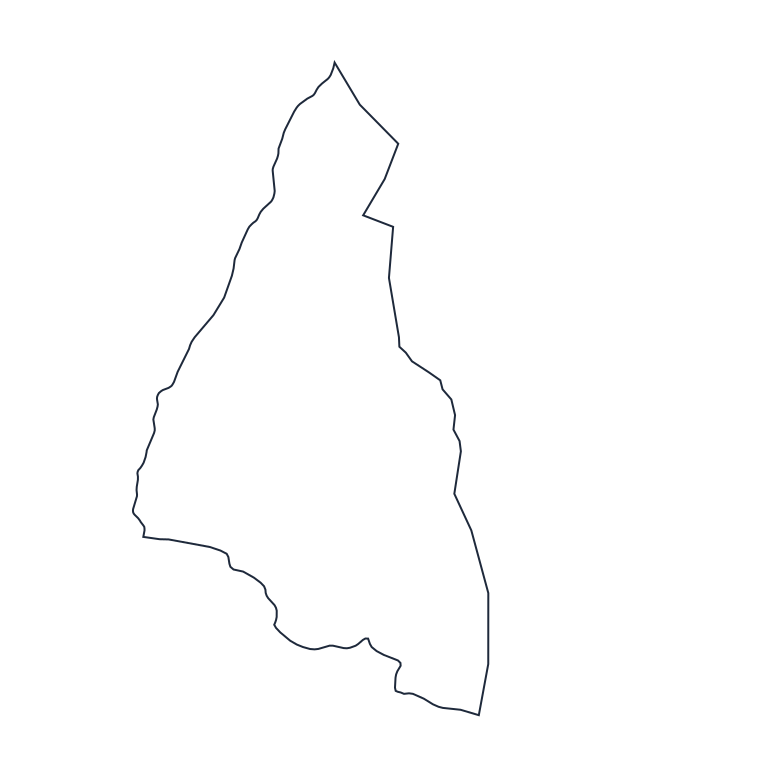 outline of Analamanga, rotated 201°
{"feature_id": "MDG-5862", "entity_name": "Analamanga", "entity_type": "Autonomous Province", "adm_level": 1, "iso_a3": "MDG", "parent_name": "Madagascar", "parent_adm1": "", "projection": "orthographic", "projection_center": [47.602, -18.658], "detail": "fine", "context": "isolated", "style": "outline", "palette": "slate", "viewbox_px": 768, "rotation_deg": 201, "n_neighbors": 0, "source": "natural_earth", "source_scale": "10m", "svg_char_len": 2458}
<svg xmlns="http://www.w3.org/2000/svg" viewBox="0 0 768 768"><g transform="rotate(201 384 384)"><path d="M260.8,101.6L263.1,101.7L264.9,104.4L268.0,114.0L268.6,117.2L268.6,120.6L267.5,126.9L268.7,129.5L271.9,130.9L287.0,131.0L295.1,132.0L301.2,134.0L304.0,136.3L307.6,140.6L310.2,139.7L312.0,137.5L315.0,131.9L316.7,129.5L321.2,125.6L323.9,124.0L327.0,123.0L337.9,121.4L340.9,120.3L350.4,113.1L353.7,111.4L358.0,110.1L365.4,109.4L372.0,109.5L379.5,110.7L391.8,114.9L397.4,117.6L400.2,119.9L400.1,122.4L400.2,124.9L400.7,128.0L402.9,133.9L404.6,136.3L406.9,138.3L415.3,142.5L417.7,144.3L419.6,146.6L421.0,149.5L423.5,152.2L428.0,154.3L436.1,156.6L448.3,158.4L458.0,156.9L461.9,158.3L463.9,160.8L467.3,166.7L470.0,169.1L477.0,169.9L488.2,169.4L529.4,161.7L537.8,158.7L553.9,155.0L555.1,161.5L555.7,163.0L556.6,164.7L557.8,165.6L561.7,168.0L562.9,169.0L565.4,170.6L569.8,172.5L571.2,173.3L572.2,174.3L572.9,175.6L573.4,177.2L574.4,190.6L574.9,192.2L577.0,196.3L578.0,199.5L579.4,206.3L580.5,209.3L582.2,212.2L582.5,213.6L582.5,215.5L581.4,218.2L580.7,221.1L580.2,224.4L580.4,230.4L581.3,235.6L581.6,236.5L581.7,237.2L581.1,255.8L581.4,258.5L582.2,260.5L586.6,268.2L587.0,270.5L587.0,278.8L587.3,281.7L587.8,283.9L590.1,287.8L590.8,289.2L591.2,290.8L591.2,292.8L590.9,294.9L589.5,297.5L588.3,299.1L583.7,303.2L582.1,305.4L581.6,306.3L581.2,308.0L580.8,310.7L581.0,321.5L578.6,346.8L578.9,350.6L578.7,354.5L577.5,359.8L567.9,387.2L564.2,407.4L564.8,430.6L565.8,437.9L567.9,446.2L568.1,448.1L567.3,458.2L567.5,465.1L566.6,479.6L566.1,482.6L564.9,485.5L563.8,487.7L562.3,489.9L561.6,491.6L561.3,493.7L561.2,497.5L560.8,500.5L559.5,504.4L554.7,514.0L554.3,516.1L554.1,518.6L554.6,522.6L555.2,525.0L564.4,543.3L564.9,544.8L565.1,547.3L564.6,556.2L564.8,559.1L565.2,561.4L566.8,566.0L566.9,576.6L567.6,582.6L567.5,586.4L565.5,606.1L564.6,610.7L563.9,612.9L562.8,615.3L557.9,622.9L554.0,627.4L553.2,628.9L552.7,630.9L552.3,634.7L551.6,637.9L549.6,642.2L545.7,648.9L545.0,650.9L544.5,653.4L544.5,660.6L545.3,666.4L506.7,636.1L456.8,613.4L456.8,575.6L463.9,534.0L431.8,534.0L417.4,484.8L386.8,433.0L383.0,424.3L374.9,421.1L366.0,415.2L346.0,410.9L332.8,407.6L327.4,400.0L315.6,393.7L306.5,380.4L302.8,366.3L293.0,357.8L288.1,348.7L279.0,306.7L250.0,278.6L211.7,226.2L186.3,159.9L176.8,108.8L195.8,107.3L213.0,102.7L217.4,102.2L223.5,102.5L234.1,104.5L246.0,105.1L249.8,104.2L254.3,101.9L257.9,102.0L260.8,101.6Z" fill="none" stroke="#1e293b" stroke-width="2"/></g></svg>